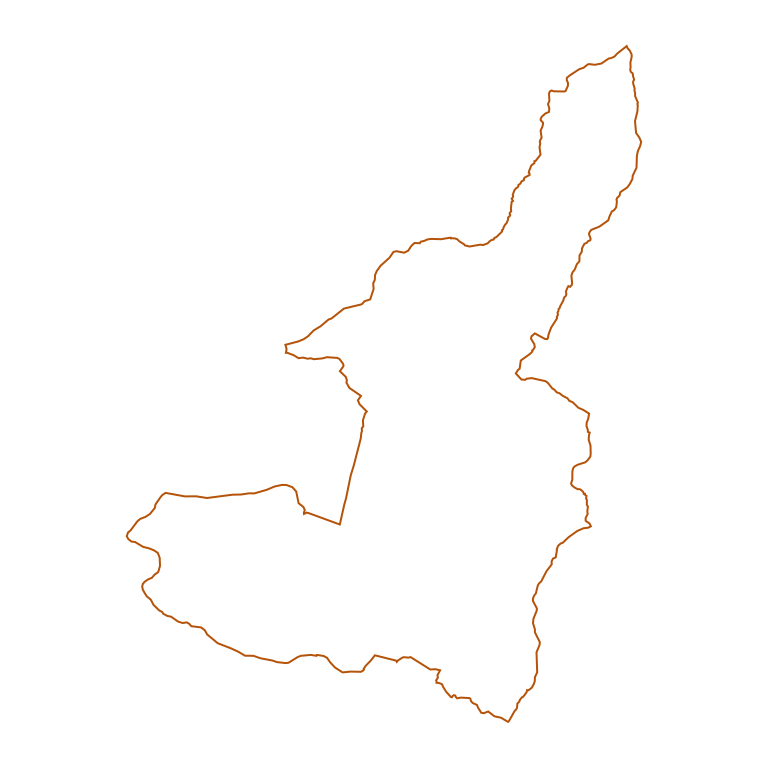 outline of Palanca, Bacau, Romania
{"feature_id": "2599482B22231725486126", "entity_name": "Palanca", "entity_type": "district", "adm_level": 2, "iso_a3": "ROU", "parent_name": "Romania", "parent_adm1": "Bacau", "projection": "equal_earth", "projection_center": [26.107, 46.519], "detail": "fine", "context": "isolated", "style": "outline", "palette": "amber", "viewbox_px": 768, "rotation_deg": 0, "n_neighbors": 0, "source": "geoboundaries", "source_scale": "gbopen_adm2", "svg_char_len": 6088}
<svg xmlns="http://www.w3.org/2000/svg" viewBox="0 0 768 768"><path d="M153.6,605.0L159.3,610.5L162.1,611.9L163.2,613.7L167.2,615.9L171.1,616.7L178.1,621.6L182.6,623.0L186.9,622.4L189.3,623.9L191.3,626.2L201.0,627.4L204.7,630.1L207.2,634.5L217.7,643.2L231.3,648.5L238.2,651.7L245.0,655.7L253.4,655.8L260.2,658.2L272.7,660.6L276.9,662.1L285.9,663.1L288.6,662.7L297.8,657.0L301.0,655.8L310.7,654.9L316.4,655.8L316.7,655.0L318.4,655.1L323.7,656.0L327.1,657.9L330.4,662.6L335.1,667.6L342.6,672.4L350.6,671.6L361.0,671.8L363.3,670.4L363.9,669.7L363.6,668.9L365.7,665.8L370.6,660.8L374.9,655.3L396.0,660.6L396.8,661.9L397.8,660.6L402.2,657.7L403.7,657.2L408.5,657.6L410.6,657.1L430.3,669.5L435.5,669.2L440.1,670.3L437.5,675.1L437.9,677.6L436.1,680.4L436.8,682.0L436.5,682.7L439.7,683.2L442.2,684.4L442.9,686.5L446.2,691.8L451.0,697.1L452.0,697.2L452.6,696.0L453.8,695.2L455.2,695.5L456.1,697.4L457.1,698.3L460.9,697.6L469.6,698.1L470.5,699.0L470.9,701.0L472.7,703.0L476.9,704.9L478.0,707.6L481.3,712.8L483.7,713.2L488.2,711.5L494.4,716.3L501.0,717.7L508.0,721.9L509.0,721.0L514.5,711.2L516.3,709.2L517.0,707.8L517.4,703.6L519.3,701.6L519.8,700.0L521.9,697.3L522.8,697.1L524.6,695.0L526.7,692.0L527.0,690.2L528.6,690.2L531.7,687.8L534.0,683.6L534.8,681.0L534.9,677.2L537.2,672.3L536.5,652.4L539.6,644.8L539.8,642.1L534.9,632.3L534.9,629.3L533.0,623.3L533.4,618.9L536.7,610.7L536.9,608.4L533.0,601.1L532.9,598.5L534.4,595.2L535.8,593.6L537.8,585.5L539.1,583.3L541.2,581.4L546.5,571.2L551.7,564.4L551.6,561.3L553.0,558.6L555.7,557.4L557.0,549.9L556.7,549.2L558.3,545.6L560.8,543.4L562.7,542.8L568.7,537.1L577.2,531.0L583.4,528.3L588.2,527.7L590.9,526.3L589.4,523.4L585.7,520.9L585.6,518.1L587.7,513.9L587.3,511.4L587.9,506.5L586.8,504.8L586.9,500.0L586.1,498.5L586.5,495.9L585.3,495.2L585.0,493.8L583.8,493.9L583.3,492.1L581.9,490.6L579.8,489.2L577.5,489.1L574.4,487.4L571.9,485.4L571.1,483.5L572.3,479.6L572.4,471.4L573.1,468.3L574.5,466.5L577.5,464.8L585.3,462.3L587.4,460.5L590.3,456.7L590.7,453.8L590.5,445.5L588.7,439.9L589.0,435.0L589.7,432.6L587.9,431.9L587.8,429.9L586.5,426.0L586.7,422.6L588.2,418.8L589.1,413.6L583.1,409.8L578.4,407.8L572.7,402.2L569.3,400.8L567.5,398.3L563.0,396.0L559.4,393.2L556.8,392.4L554.3,389.6L552.4,388.6L547.9,382.9L545.6,381.2L531.7,378.1L526.7,378.7L525.3,379.8L521.4,379.5L515.8,373.4L518.1,369.8L519.6,368.8L520.8,360.5L530.0,353.9L532.4,351.5L532.2,350.4L533.3,349.6L534.8,347.0L534.3,344.2L531.0,338.7L531.5,336.3L534.8,333.4L544.9,338.9L547.1,339.1L547.9,338.2L548.6,334.2L551.2,327.5L557.0,318.4L556.8,316.9L558.0,314.8L557.5,312.6L558.5,310.8L558.6,308.9L559.6,308.1L560.2,306.2L563.1,300.9L564.2,297.4L565.6,296.2L566.4,294.3L565.9,291.5L567.2,288.3L568.4,286.1L570.1,286.8L571.8,284.9L572.1,283.3L571.4,275.6L572.5,272.4L574.7,269.6L576.9,264.1L579.4,261.3L579.5,255.4L581.8,251.7L582.0,248.3L584.4,243.8L586.8,242.8L588.0,241.2L590.1,240.4L590.5,239.8L590.5,238.2L589.0,234.3L589.3,232.6L591.2,229.9L599.4,226.6L608.3,220.3L609.5,216.4L611.8,211.5L614.1,210.1L616.2,207.3L616.9,201.5L616.5,199.6L617.0,198.1L619.6,195.5L620.3,192.2L627.3,187.4L629.7,184.1L632.4,179.1L632.7,175.7L636.5,167.7L636.9,155.7L637.9,151.0L640.1,146.1L641.2,141.9L639.3,137.5L636.1,133.0L635.0,121.2L637.4,111.4L637.8,105.3L637.3,104.0L637.9,102.6L635.1,96.1L635.1,92.8L634.4,90.3L634.7,88.6L633.2,83.7L633.1,81.7L634.1,79.5L632.9,75.7L632.8,73.5L630.8,71.8L630.2,69.9L630.6,67.1L630.4,62.6L631.7,56.7L631.6,54.4L629.8,50.6L627.6,48.3L626.7,46.1L617.4,53.4L614.3,56.7L610.8,58.2L608.7,58.5L601.4,63.5L594.9,64.8L589.5,64.1L587.8,64.4L583.5,67.8L579.4,69.1L569.9,75.3L566.9,77.8L566.7,80.0L568.0,83.0L567.9,85.9L565.5,91.1L564.4,91.5L553.7,91.3L551.5,90.5L549.7,91.6L549.0,93.8L549.4,100.9L548.0,104.1L549.3,108.3L549.0,111.9L545.2,113.6L541.7,116.8L540.7,119.0L540.6,120.0L543.0,122.7L543.0,123.7L542.5,126.4L540.6,130.7L541.6,137.7L540.0,140.6L539.8,142.3L540.3,143.4L539.5,147.1L540.5,154.7L535.6,160.9L534.4,161.2L534.4,163.1L531.3,165.5L528.9,171.5L528.8,172.9L529.5,173.4L529.6,175.0L524.8,177.5L523.9,178.6L523.8,180.3L521.6,181.3L520.4,183.6L518.4,185.0L518.3,186.3L517.6,187.4L516.3,188.0L514.5,190.1L512.7,194.8L513.1,195.6L513.0,197.0L511.7,198.7L513.0,201.0L511.7,201.7L510.9,208.3L511.2,211.4L510.0,212.5L509.6,213.8L510.2,215.1L510.0,215.8L508.1,217.5L508.1,219.5L506.5,223.3L505.3,224.4L503.8,226.9L503.0,229.4L501.9,230.2L502.1,231.3L501.7,231.9L496.8,236.7L494.2,238.2L493.6,239.6L491.8,239.9L489.7,241.2L487.6,243.4L483.2,245.0L480.1,244.7L469.6,246.5L464.9,245.4L464.1,244.3L459.4,241.4L457.2,239.2L454.4,238.3L451.0,238.3L451.0,237.8L450.1,237.7L441.0,239.2L431.0,238.9L427.2,239.5L424.5,240.8L420.8,241.7L419.8,243.2L414.5,243.0L411.4,245.8L408.2,250.7L404.2,252.7L396.3,251.2L393.5,251.9L389.4,257.8L380.6,265.7L376.8,271.0L375.1,274.9L374.8,279.9L373.2,283.3L373.6,289.0L370.2,299.4L364.6,301.2L361.7,304.3L343.9,308.6L331.5,318.5L328.7,319.4L320.5,326.3L313.6,330.5L308.1,336.2L303.5,339.3L298.1,341.5L285.4,344.8L286.6,349.1L285.9,352.8L287.4,352.8L293.9,355.3L298.6,358.2L302.9,357.6L307.6,358.7L310.8,358.3L313.9,359.2L322.4,358.4L326.9,357.2L337.3,357.9L339.4,358.9L343.2,364.0L343.5,366.1L339.9,371.2L345.8,376.9L346.9,380.2L346.4,382.5L349.3,387.9L361.0,395.9L357.9,400.3L359.6,404.3L366.8,411.5L365.1,413.5L362.9,420.4L363.3,426.3L361.8,428.2L361.9,431.5L361.3,433.0L360.8,438.2L353.9,465.1L350.8,475.1L346.0,498.5L344.3,504.5L339.8,524.5L309.2,513.3L306.8,512.6L304.0,513.9L303.9,512.5L304.8,510.1L303.4,507.0L298.6,503.2L296.2,491.5L292.4,487.2L286.5,485.0L282.0,484.9L274.6,486.5L266.7,489.8L254.4,493.4L249.3,493.3L241.2,494.5L232.5,494.7L207.0,498.0L196.2,496.3L184.9,496.4L165.6,492.9L162.5,494.9L161.0,496.5L155.5,504.4L154.8,508.0L149.8,514.1L145.4,516.9L140.2,518.9L137.3,521.4L130.4,530.6L128.0,532.5L126.8,536.2L128.2,538.9L131.5,541.6L135.0,542.0L143.2,546.9L149.3,548.4L154.1,550.4L157.7,552.8L158.7,555.1L159.7,558.0L160.0,565.9L158.2,572.1L154.6,574.6L151.9,577.8L147.9,579.5L144.5,581.9L142.8,584.0L142.2,586.5L142.8,589.7L144.5,592.7L146.7,596.3L150.7,599.5L153.6,605.0Z" fill="none" stroke="#b45309" stroke-width="2"/></svg>